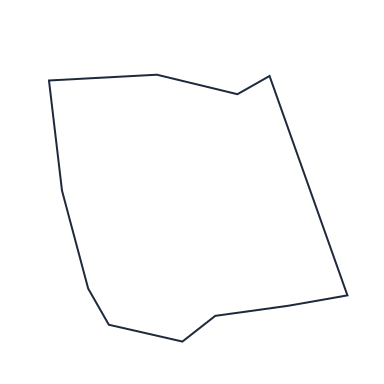 outline of Bor-Ondor, Hentiy, Mongolia, rotated 166°
{"feature_id": "93677404B12023571186013", "entity_name": "Bor-Ondor", "entity_type": "district", "adm_level": 2, "iso_a3": "MNG", "parent_name": "Mongolia", "parent_adm1": "Hentiy", "projection": "mercator", "projection_center": [109.413, 46.24], "detail": "fine", "context": "isolated", "style": "outline", "palette": "slate", "viewbox_px": 384, "rotation_deg": 166, "n_neighbors": 0, "source": "geoboundaries", "source_scale": "gbopen_adm2", "svg_char_len": 303}
<svg xmlns="http://www.w3.org/2000/svg" viewBox="0 0 384 384"><g transform="rotate(166 192 192)"><path d="M303.8,334.8L317.8,224.8L316.1,123.4L304.8,83.3L237.5,49.2L199.4,66.2L125.8,58.3L66.2,54.1L88.7,285.8L124.3,275.9L197.7,314.3L303.8,334.8Z" fill="none" stroke="#1e293b" stroke-width="2"/></g></svg>